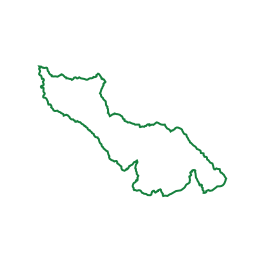 outline of Don Matías, Antioquia, Colombia, rotated 235°
{"feature_id": "7082276B48814942020129", "entity_name": "Don Matías", "entity_type": "district", "adm_level": 2, "iso_a3": "COL", "parent_name": "Colombia", "parent_adm1": "Antioquia", "projection": "mercator", "projection_center": [-75.341, 6.502], "detail": "fine", "context": "isolated", "style": "outline", "palette": "green", "viewbox_px": 256, "rotation_deg": 235, "n_neighbors": 0, "source": "geoboundaries", "source_scale": "gbopen_adm2", "svg_char_len": 5794}
<svg xmlns="http://www.w3.org/2000/svg" viewBox="0 0 256 256"><g transform="rotate(235 128 128)"><path d="M229.3,90.6L228.2,90.5L227.7,90.3L227.7,89.4L227.2,89.0L225.6,88.9L224.7,88.4L223.6,86.5L222.9,86.0L221.7,86.2L220.8,86.8L220.2,86.8L217.7,85.7L216.8,86.9L215.7,86.7L215.1,86.2L214.9,85.0L214.2,84.6L212.5,84.2L211.7,83.6L211.6,82.8L212.1,81.2L212.0,80.7L211.7,80.3L211.4,80.2L210.6,80.2L209.8,81.6L209.5,81.8L209.0,81.7L206.5,79.7L205.4,79.5L204.4,79.7L203.9,79.5L203.4,78.8L203.0,77.2L202.1,76.3L201.4,76.3L200.1,77.6L198.9,78.0L195.6,77.5L194.4,76.8L192.8,76.3L192.2,77.1L192.2,77.6L191.6,78.0L190.1,77.9L189.3,77.5L189.0,76.9L186.7,77.4L185.1,77.1L183.8,77.9L182.6,80.2L181.3,80.4L179.5,81.7L178.7,81.7L177.9,82.3L177.4,82.4L176.7,82.9L176.3,83.0L175.0,82.4L174.3,85.0L173.7,85.3L173.1,85.9L171.6,86.1L170.9,86.4L169.8,86.1L168.4,86.3L167.5,86.6L166.5,88.0L165.2,88.1L164.7,88.6L163.3,88.4L162.6,89.6L162.8,90.4L160.8,91.3L160.1,92.2L157.9,92.5L156.5,93.3L155.4,93.5L154.6,93.4L154.3,93.6L154.2,94.0L153.9,94.2L152.8,94.1L151.4,94.8L150.2,94.4L149.4,94.5L148.9,94.9L148.2,94.9L147.9,95.4L146.9,95.3L145.7,95.8L145.0,95.8L144.5,95.6L142.7,96.5L141.2,95.9L139.9,96.2L139.3,96.1L137.7,97.7L137.0,97.4L136.1,97.7L135.6,97.7L134.6,97.2L132.3,96.5L131.4,96.5L129.9,96.9L128.5,96.2L127.2,96.2L126.5,96.6L125.1,96.2L124.2,96.7L123.1,96.8L122.4,97.1L121.8,97.1L120.6,97.9L117.4,96.7L115.8,96.6L115.4,96.4L115.1,95.8L113.3,95.3L112.5,95.7L111.2,96.0L110.0,97.0L109.5,97.1L108.4,97.6L108.4,98.2L107.5,99.7L106.1,99.6L105.5,99.0L105.0,99.0L103.3,99.7L102.2,99.8L100.3,100.5L98.8,99.5L97.4,99.2L96.7,99.4L95.0,100.6L94.9,102.1L95.3,103.1L95.2,103.3L94.7,103.4L94.6,103.8L95.2,104.2L94.9,104.9L94.9,105.3L95.6,106.3L95.7,106.9L96.1,107.3L95.7,108.1L95.9,108.6L95.5,110.6L96.5,113.3L96.4,114.0L95.7,114.9L96.3,116.0L96.2,116.7L94.9,116.3L94.3,115.8L93.5,113.6L91.0,110.9L90.4,110.8L90.2,111.0L89.9,111.0L88.3,109.9L86.8,109.8L85.4,108.8L82.9,109.0L81.7,107.0L80.8,106.8L79.7,105.7L79.7,105.3L80.5,105.0L80.5,104.6L79.6,103.6L79.4,103.0L79.6,101.5L79.4,100.6L78.2,98.9L77.2,98.2L75.5,98.2L74.6,97.5L73.6,97.4L73.2,98.2L71.5,99.3L70.9,101.1L70.3,101.8L69.6,102.3L69.0,102.4L66.8,102.4L65.9,103.1L65.0,103.4L63.6,105.0L61.7,105.7L60.2,107.6L60.1,108.1L60.1,108.9L61.2,110.0L61.4,110.6L61.9,111.0L62.1,112.0L62.0,112.8L61.6,113.3L60.5,113.1L59.9,113.3L59.5,113.3L59.3,113.5L59.4,114.2L59.3,114.9L59.5,115.0L59.5,115.9L59.2,116.4L59.6,116.6L59.7,117.0L59.2,119.3L58.5,119.5L57.9,119.1L56.1,118.7L54.0,118.8L53.4,118.1L52.1,117.8L51.4,119.5L49.7,121.4L49.7,124.1L49.3,125.4L48.8,131.2L46.7,135.4L46.6,136.5L46.7,139.5L46.9,140.6L47.9,142.6L48.2,143.6L47.9,145.8L48.1,147.3L49.2,148.1L49.7,148.9L50.9,149.4L51.7,150.0L52.7,150.1L53.1,150.4L52.9,151.1L53.2,151.8L53.1,152.6L53.8,153.1L55.0,153.1L55.8,153.5L55.8,154.3L56.0,154.7L55.6,155.4L56.2,155.7L56.4,156.5L55.8,157.9L55.3,157.9L55.0,158.6L54.5,158.7L53.3,157.6L52.1,157.3L48.4,155.2L46.6,155.2L44.9,154.7L43.4,154.7L41.8,154.4L40.3,153.8L40.0,153.9L40.3,154.3L40.2,154.8L39.6,155.5L38.7,155.8L37.5,154.6L36.7,154.5L35.9,154.8L35.0,153.8L34.3,153.6L33.4,153.9L32.5,153.5L31.5,152.7L30.8,153.7L30.6,155.0L30.7,155.4L31.4,155.8L31.3,157.2L30.9,158.5L30.2,158.6L29.5,159.1L28.6,161.2L28.8,166.5L29.0,167.6L27.3,170.2L26.9,171.3L26.7,172.9L27.2,174.9L29.1,177.9L29.6,178.2L30.2,179.4L32.7,179.4L34.8,179.7L35.4,179.4L37.5,179.1L38.3,178.4L39.6,178.6L41.7,179.5L43.0,178.0L44.2,177.2L44.1,175.7L44.6,175.0L46.0,175.1L48.3,176.1L50.5,176.8L52.5,175.5L55.6,175.4L56.6,174.8L57.1,174.9L58.3,175.6L59.0,175.7L59.6,175.4L60.3,174.3L60.7,174.1L61.4,174.4L62.3,174.3L63.3,175.1L63.9,175.3L65.7,173.4L67.6,174.3L68.0,174.3L69.9,173.4L71.3,172.4L72.0,172.4L72.7,172.6L74.0,172.5L76.2,171.6L79.8,171.0L80.6,170.5L81.8,171.0L83.6,170.8L85.1,171.2L87.2,171.2L88.9,171.9L89.6,171.7L90.6,170.8L91.3,170.6L94.4,170.9L95.7,171.3L97.0,170.9L99.6,169.3L100.5,168.1L100.7,166.6L100.2,165.3L100.5,164.0L100.3,163.1L100.8,162.4L100.7,160.9L102.5,161.1L103.8,160.6L105.1,159.8L108.0,159.7L109.0,160.0L109.7,160.1L110.5,158.6L111.9,157.1L113.7,156.1L114.5,155.9L116.1,154.8L116.2,154.4L116.0,150.6L116.8,149.9L117.1,149.4L117.7,146.9L118.3,146.9L118.9,147.5L119.7,146.1L119.7,145.1L119.3,144.1L119.9,143.1L119.7,142.0L120.9,140.8L121.8,138.4L122.1,138.3L123.6,139.1L124.5,139.0L126.7,135.7L128.1,135.2L128.6,134.5L130.4,133.3L131.6,132.7L132.7,130.9L133.8,130.7L135.7,129.3L136.2,129.3L137.0,130.1L138.5,129.2L140.0,129.7L141.3,129.7L142.2,129.1L143.1,129.0L143.7,128.7L145.3,127.4L146.3,126.2L147.3,125.6L147.7,125.2L147.4,124.3L147.8,123.8L148.0,123.0L148.0,120.4L148.1,119.9L150.1,120.4L150.9,120.3L151.4,120.5L151.8,120.3L151.9,120.7L152.6,120.8L152.9,121.2L155.2,122.5L156.3,122.5L157.3,123.4L158.7,123.1L159.6,123.3L162.6,125.0L165.7,124.3L166.8,124.7L168.6,124.2L169.6,124.3L170.8,125.0L172.5,124.9L173.0,126.0L175.2,128.8L175.4,129.6L176.2,130.6L177.0,132.4L177.3,132.8L178.0,132.9L178.3,133.2L178.4,134.1L178.7,134.6L178.4,135.5L178.7,136.0L181.5,136.1L182.0,135.6L182.9,135.5L183.0,134.8L183.5,134.6L183.9,135.0L184.5,134.9L184.8,135.1L188.4,135.2L189.2,135.0L189.7,134.6L189.4,133.4L189.5,132.5L189.3,132.2L188.4,131.9L188.3,131.4L188.7,129.9L189.6,129.1L189.6,128.7L189.3,128.2L189.2,127.8L189.8,126.3L190.4,125.7L190.7,124.7L190.8,122.6L191.5,121.5L193.2,120.4L195.7,117.9L197.5,117.1L197.5,115.4L197.8,114.7L199.5,114.2L200.1,112.8L199.5,111.2L199.6,109.6L201.0,109.3L201.6,108.4L203.2,107.2L204.0,106.0L204.8,106.4L205.7,105.6L208.7,105.1L210.1,104.4L210.2,104.0L209.9,103.3L210.2,102.7L210.4,99.8L212.0,98.1L212.9,96.6L214.1,95.2L214.3,95.2L214.5,95.6L214.9,95.8L216.2,95.1L216.7,94.9L218.1,94.8L219.6,95.3L220.7,95.0L222.9,96.0L223.7,96.1L224.2,95.8L225.3,93.6L226.1,93.2L226.5,92.5L227.9,92.2L229.3,90.6Z" fill="none" stroke="#15803d" stroke-width="2"/></g></svg>